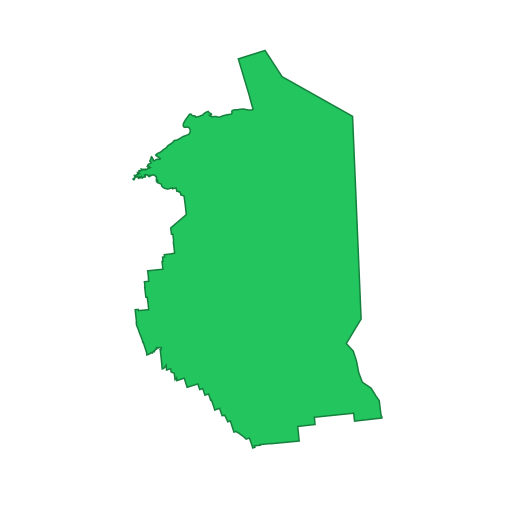 San Justo, Córdoba, Argentina (Robinson projection), rotated 342°
{"feature_id": "61730980B4375422681595", "entity_name": "San Justo", "entity_type": "district", "adm_level": 2, "iso_a3": "ARG", "parent_name": "Argentina", "parent_adm1": "Córdoba", "projection": "robinson", "projection_center": [-62.92, -31.204], "detail": "fine", "context": "isolated", "style": "filled", "palette": "green", "viewbox_px": 512, "rotation_deg": 342, "n_neighbors": 0, "source": "geoboundaries", "source_scale": "gbopen_adm2", "svg_char_len": 6059}
<svg xmlns="http://www.w3.org/2000/svg" viewBox="0 0 512 512"><g transform="rotate(342 256 256)"><path d="M300.1,63.0L299.2,101.4L298.7,110.0L298.6,115.3L297.3,115.9L296.6,115.6L294.5,115.1L291.1,113.3L290.0,112.5L286.3,111.5L284.1,111.3L280.8,110.4L279.6,110.2L278.2,110.4L277.6,111.2L277.4,112.5L276.5,113.4L275.3,113.3L272.3,112.7L268.1,112.4L264.4,112.7L263.3,112.4L262.3,111.8L261.2,111.0L260.1,110.6L257.7,110.2L256.6,109.6L255.8,108.8L255.1,107.8L257.4,107.9L257.3,106.7L256.6,106.2L255.7,105.1L255.3,103.8L254.2,103.7L251.7,104.1L250.4,104.6L248.5,105.6L247.3,105.4L244.9,105.7L241.5,105.3L241.4,104.1L240.5,103.5L239.4,103.4L238.6,102.4L238.2,101.2L237.2,100.6L236.1,100.9L235.2,101.7L232.3,103.8L231.2,104.5L228.5,107.0L227.7,107.9L227.2,109.0L227.0,110.2L227.5,111.3L228.6,111.8L231.0,112.3L231.8,113.1L232.2,114.3L232.3,115.4L232.2,116.7L230.8,118.8L229.7,119.4L228.6,119.7L223.7,119.8L220.1,120.7L216.6,121.3L214.2,120.9L213.1,121.3L212.2,122.0L211.0,122.6L206.3,123.8L205.5,124.5L204.4,125.2L203.3,125.7L200.9,126.2L199.8,126.6L198.8,127.3L196.3,127.8L194.1,128.0L192.9,128.4L191.8,129.0L192.2,130.1L193.2,130.8L193.6,131.9L194.3,132.8L195.1,133.7L194.4,134.4L193.2,134.0L192.2,133.5L191.0,133.4L189.8,133.8L188.6,133.9L187.7,133.6L188.1,132.5L187.8,131.5L187.8,130.4L187.3,129.4L186.4,130.1L186.1,131.2L185.1,132.0L184.3,132.9L185.0,133.9L185.0,135.0L183.7,135.3L182.6,135.3L181.9,135.6L182.0,135.8L181.6,136.2L181.0,136.4L181.0,136.9L180.7,137.0L180.2,137.2L180.3,137.5L180.6,137.8L180.8,137.8L180.8,138.1L181.8,138.5L182.1,138.2L182.3,138.7L182.9,139.2L182.2,139.4L181.7,139.3L181.4,139.6L181.0,139.4L180.5,139.4L177.9,140.0L177.3,139.7L177.6,139.6L177.7,139.4L177.5,139.1L177.3,139.1L177.0,139.3L176.6,139.3L175.8,138.8L175.6,138.9L175.6,139.1L175.8,139.4L175.4,139.3L175.3,138.9L175.1,138.6L174.8,138.5L173.9,137.9L173.7,137.8L173.7,138.1L174.0,138.4L173.9,138.5L174.1,138.9L173.9,139.1L173.0,139.3L172.5,139.2L172.1,139.3L172.1,138.9L171.9,138.8L171.7,138.9L171.3,138.7L171.0,138.7L170.9,139.2L170.6,139.8L170.0,139.9L169.0,139.9L168.9,140.0L169.0,140.9L169.4,141.0L170.4,141.0L170.9,141.8L170.6,141.9L170.2,141.7L169.8,141.6L168.1,141.9L167.4,141.8L166.2,142.2L165.3,141.9L165.4,142.5L165.5,142.7L165.0,143.2L164.6,144.2L164.2,144.7L163.6,145.0L163.3,144.9L163.2,144.6L162.9,144.7L163.0,144.9L162.9,145.2L163.2,145.7L163.5,145.8L164.2,145.4L164.3,145.2L164.2,144.8L165.0,144.3L165.1,143.8L165.6,143.8L166.1,143.6L166.9,144.1L167.9,143.8L168.0,144.1L168.3,144.0L168.3,144.3L168.6,144.5L168.2,145.0L168.2,145.8L168.4,146.0L168.8,145.8L168.9,145.0L169.0,145.0L169.2,145.4L169.5,145.5L169.8,145.3L169.7,144.8L170.0,144.8L170.4,145.1L170.1,145.3L170.1,145.9L170.5,146.1L170.9,145.7L171.2,145.6L171.5,145.3L171.4,145.9L171.7,146.3L171.8,146.5L172.0,146.7L172.4,146.4L172.8,146.4L172.9,146.2L173.4,146.4L173.9,146.2L174.1,146.4L174.4,146.2L174.5,146.4L174.9,146.6L175.0,146.3L175.1,146.2L175.0,145.7L175.1,145.2L175.4,145.5L175.9,145.6L176.0,145.5L176.0,145.2L175.6,144.5L176.0,144.6L176.5,144.5L177.5,144.9L177.8,145.3L178.0,145.8L178.5,146.2L178.3,146.7L178.5,147.1L179.1,147.6L179.3,147.5L179.3,147.3L179.8,147.3L180.0,147.2L179.9,146.9L179.7,146.7L179.8,146.5L180.1,146.7L180.5,146.7L180.9,147.1L182.0,147.1L182.9,146.9L183.3,147.1L183.4,147.3L183.9,147.4L184.3,147.7L185.1,149.0L185.4,149.6L185.8,149.8L185.6,150.6L185.6,150.9L185.5,151.0L185.5,151.4L185.0,152.0L185.0,152.6L184.8,152.7L184.6,153.0L184.7,153.4L185.1,153.9L185.3,154.0L185.5,153.7L185.8,153.7L185.7,154.1L185.5,154.3L184.7,154.3L184.4,154.6L184.7,154.8L184.8,155.2L185.2,155.6L185.3,156.1L185.8,156.1L186.4,157.0L188.1,158.3L188.1,159.2L187.9,160.0L188.0,160.3L188.2,161.0L188.9,162.2L190.1,163.4L191.1,164.1L192.7,165.1L196.2,165.2L196.5,165.4L197.6,165.3L197.5,166.3L201.0,166.5L200.7,170.0L200.9,170.2L202.0,170.4L202.2,170.6L202.5,171.3L203.1,171.3L203.5,172.1L203.4,172.8L203.7,173.1L203.7,173.3L203.4,174.3L203.4,174.7L203.6,174.9L204.9,175.7L206.1,176.7L204.6,184.9L202.5,195.1L183.6,202.9L182.3,209.2L183.7,209.6L182.8,213.7L182.6,215.3L181.6,217.6L179.5,228.2L177.5,227.8L177.4,228.0L169.2,226.4L168.7,228.7L166.8,228.2L165.8,232.4L164.9,232.2L163.4,239.8L148.4,236.6L146.9,244.1L146.7,244.1L146.2,246.9L141.9,246.0L140.8,251.4L140.5,251.3L138.5,261.2L139.8,261.5L138.9,266.6L137.4,273.9L127.3,271.6L127.5,270.4L124.5,269.7L121.8,282.6L121.5,282.5L121.0,285.1L121.3,288.0L121.4,292.9L121.8,299.6L121.9,302.7L121.7,302.7L121.7,303.4L122.1,303.5L122.1,313.7L121.6,316.4L122.2,316.3L122.5,316.0L122.8,316.0L123.3,316.4L123.6,316.2L124.1,316.2L125.0,316.1L125.7,315.7L125.9,315.9L126.2,315.8L126.5,315.9L126.7,315.7L126.9,315.6L127.3,316.1L127.5,316.3L127.8,316.1L127.8,315.9L127.9,315.7L129.0,315.2L129.8,315.6L129.9,315.4L129.7,315.2L129.6,314.9L130.1,314.8L130.5,314.6L130.6,314.4L130.9,314.5L131.2,314.1L131.5,313.9L131.9,314.0L132.1,313.9L132.3,313.3L132.8,313.4L132.7,312.9L132.7,312.7L133.1,312.4L133.8,312.4L133.9,313.1L134.1,313.2L134.6,313.2L135.3,313.3L136.0,313.2L136.3,313.3L136.6,313.7L137.6,313.8L137.1,314.7L137.3,315.0L137.1,315.2L136.7,315.5L136.5,315.9L136.3,315.9L136.1,315.7L135.9,315.6L135.9,315.8L134.0,325.0L131.9,334.4L133.1,334.4L134.0,334.1L135.9,332.9L136.8,332.2L135.7,336.8L140.1,336.8L139.4,339.9L142.0,342.4L140.8,348.6L142.7,347.4L142.2,350.1L150.0,350.0L149.9,359.6L161.1,359.7L161.2,365.7L164.4,365.7L164.4,372.6L168.3,372.6L168.3,379.2L169.1,379.2L169.2,383.2L169.2,389.8L174.3,389.6L174.4,397.4L177.0,397.9L177.6,401.7L177.9,405.0L180.6,405.0L180.6,416.7L182.7,416.7L183.4,417.6L184.4,418.7L185.1,419.2L185.3,419.9L185.8,420.2L186.0,420.8L188.3,423.9L190.0,427.1L193.4,427.1L193.6,432.6L193.6,437.6L195.8,437.6L195.8,436.0L201.6,437.3L201.7,436.6L211.9,438.9L211.9,439.1L231.2,443.4L239.9,445.3L243.0,431.0L260.1,434.5L261.7,427.4L300.3,435.7L298.7,443.5L325.7,449.0L325.9,448.2L325.8,445.5L328.5,431.7L326.8,426.2L324.6,417.2L318.3,409.1L318.1,408.6L317.7,399.7L317.7,398.3L319.1,387.2L319.1,376.5L314.8,367.2L336.5,348.4L391.0,153.0L336.2,93.5L328.1,63.3L300.1,63.0Z" fill="#22c55e" stroke="#15803d" stroke-width="1.5"/></g></svg>